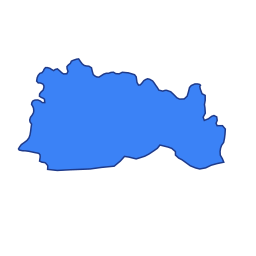 the district of Byerastavitsa, Grodno, Belarus, rotated 284°
{"feature_id": "67162791B90230438084188", "entity_name": "Byerastavitsa", "entity_type": "district", "adm_level": 2, "iso_a3": "BLR", "parent_name": "Belarus", "parent_adm1": "Grodno", "projection": "mercator", "projection_center": [23.993, 53.236], "detail": "fine", "context": "isolated", "style": "filled", "palette": "blue", "viewbox_px": 256, "rotation_deg": 284, "n_neighbors": 0, "source": "geoboundaries", "source_scale": "gbopen_adm2", "svg_char_len": 2398}
<svg xmlns="http://www.w3.org/2000/svg" viewBox="0 0 256 256"><g transform="rotate(284 128 128)"><path d="M68.4,60.0L69.7,69.6L73.5,82.0L79.1,101.2L83.4,111.9L87.6,123.8L94.0,128.5L99.6,131.5L100.0,135.8L100.0,143.4L102.1,146.9L104.7,151.1L107.7,154.5L112.4,158.8L115.4,161.4L119.2,163.1L119.2,171.6L118.8,175.4L116.6,179.7L113.2,180.6L111.1,184.4L110.2,188.2L108.1,193.4L106.4,197.6L105.6,203.2L105.6,207.5L108.1,213.0L112.0,217.7L114.9,222.8L118.0,229.2L121.0,227.0L124.0,224.1L127.5,223.0L130.9,222.7L133.8,223.0L137.2,224.3L141.4,224.1L145.5,223.6L150.5,222.7L153.1,219.1L152.6,217.0L151.8,213.9L153.9,212.3L157.0,212.7L160.2,211.4L160.9,208.4L159.6,206.4L156.4,203.8L153.8,200.2L156.7,198.3L161.1,199.4L166.1,197.8L169.2,196.5L173.6,196.2L178.3,195.0L179.2,191.5L183.3,188.7L185.7,187.6L187.0,188.0L187.6,187.0L187.6,184.9L186.9,182.2L184.5,179.1L182.2,177.9L177.3,177.9L173.2,177.7L169.8,175.5L168.5,171.1L169.1,168.2L171.8,163.8L173.5,160.7L173.9,156.4L173.5,154.9L172.2,152.8L172.2,148.8L174.5,146.5L176.0,144.7L178.2,142.3L179.6,140.5L180.5,137.3L180.5,135.1L179.2,133.3L177.7,131.9L175.0,130.7L172.8,129.5L172.2,127.8L174.4,125.7L177.3,124.5L179.6,123.6L181.3,121.5L181.5,118.0L181.6,115.0L180.7,109.0L178.4,106.3L177.8,102.9L178.6,100.4L177.8,98.0L176.4,96.0L175.8,93.6L174.4,91.4L172.6,89.7L170.3,87.5L170.0,85.2L170.4,83.5L171.4,81.4L173.2,80.3L175.0,79.3L177.6,78.0L178.5,75.1L178.1,72.5L178.1,70.4L179.1,68.1L180.7,66.1L183.1,63.4L182.3,61.4L180.5,58.6L179.2,56.9L176.7,56.4L174.8,54.9L172.8,53.9L170.7,54.6L168.4,56.1L165.8,55.5L164.9,52.3L165.6,50.3L166.8,48.2L168.3,45.2L167.2,43.2L165.7,42.0L166.3,39.7L167.0,37.8L167.1,35.1L166.6,33.3L164.5,32.3L163.0,32.2L162.3,31.8L160.9,31.2L159.7,29.3L157.3,28.1L154.7,27.7L151.4,28.0L150.0,30.0L150.5,31.9L150.1,34.7L148.9,36.0L147.3,36.6L144.3,36.5L141.9,34.9L139.7,34.0L137.4,34.4L136.7,36.4L136.4,38.3L135.7,40.0L132.5,41.1L131.9,38.7L133.0,36.3L133.4,33.8L132.6,31.0L131.4,29.3L129.6,28.6L127.6,28.7L126.0,30.3L124.4,31.5L121.9,32.4L119.9,32.6L117.3,31.9L114.8,30.8L112.1,30.7L110.2,31.5L108.5,33.5L104.6,33.9L101.3,34.3L97.7,34.6L94.5,34.3L91.5,33.0L88.5,30.6L86.1,28.5L83.4,27.4L81.2,26.8L80.3,27.8L80.4,31.1L81.0,33.8L81.4,37.2L81.5,39.6L81.6,43.2L81.8,46.4L81.7,47.8L80.7,49.1L78.7,49.8L74.5,50.2L74.0,52.7L74.3,55.6L74.0,56.6L72.2,59.1L71.1,59.5L70.0,59.7L68.4,60.0Z" fill="#3b82f6" stroke="#1e3a8a" stroke-width="1.5"/></g></svg>